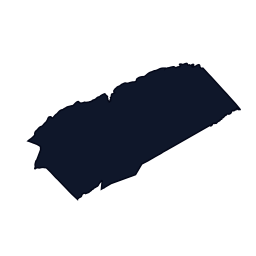 outline of Balaka, Balaka, Malawi, rotated 229°
{"feature_id": "42251766B20450933672567", "entity_name": "Balaka", "entity_type": "district", "adm_level": 2, "iso_a3": "MWI", "parent_name": "Malawi", "parent_adm1": "Balaka", "projection": "equal_earth", "projection_center": [35.125, -15.031], "detail": "fine", "context": "isolated", "style": "filled", "palette": "ink", "viewbox_px": 256, "rotation_deg": 229, "n_neighbors": 0, "source": "geoboundaries", "source_scale": "gbopen_adm2", "svg_char_len": 5824}
<svg xmlns="http://www.w3.org/2000/svg" viewBox="0 0 256 256"><g transform="rotate(229 128 128)"><path d="M183.8,44.0L182.2,45.0L181.0,45.6L180.4,46.0L178.9,46.7L177.8,47.4L176.9,47.8L176.2,48.2L175.5,48.6L174.8,48.8L174.1,49.1L172.1,49.7L171.6,49.7L171.1,49.6L170.7,49.3L170.3,48.9L169.6,48.4L168.8,47.7L165.4,41.4L163.6,38.0L163.6,37.2L163.0,36.1L162.3,35.1L161.5,34.0L161.1,33.8L160.5,33.2L159.5,32.6L159.2,32.2L158.9,31.5L158.5,31.0L158.2,31.1L158.1,32.0L158.1,32.3L158.0,32.6L157.5,33.5L156.9,34.2L156.2,34.6L155.9,35.1L155.5,35.8L154.9,36.9L154.1,38.0L152.9,39.0L151.6,40.3L145.3,40.8L138.0,41.0L135.3,41.3L128.8,41.6L121.1,42.0L120.1,42.0L115.1,42.3L107.4,43.1L107.5,43.2L107.7,43.4L107.5,44.0L107.6,44.3L107.6,45.2L107.5,45.4L107.2,46.3L107.2,46.9L107.0,47.4L107.1,47.7L107.1,48.0L107.4,48.8L107.6,48.9L108.0,49.3L108.1,49.9L108.0,50.1L108.0,50.4L108.0,51.0L107.8,51.7L107.3,52.6L106.9,52.8L106.4,52.9L106.2,53.5L106.0,54.0L105.8,54.5L105.4,55.6L105.2,56.1L105.2,57.4L105.1,58.6L105.0,59.2L105.1,59.7L105.5,59.9L105.3,60.3L105.1,60.7L104.9,61.2L104.9,61.9L104.9,62.6L105.0,62.8L105.0,63.5L104.6,64.4L104.6,65.0L104.2,66.8L104.2,67.3L104.3,67.8L104.7,68.8L105.1,70.0L105.6,73.4L104.9,73.8L101.5,70.1L99.3,67.8L99.0,69.4L98.5,70.9L98.5,71.8L97.9,75.1L97.2,78.8L93.7,87.9L91.0,95.0L89.2,99.6L87.9,103.1L91.8,114.8L90.2,121.4L88.6,129.8L87.1,137.0L87.0,138.3L84.6,149.9L78.2,182.0L76.7,189.5L76.5,190.6L76.2,191.5L75.5,191.7L75.3,191.8L75.1,192.4L75.1,192.7L75.1,193.0L75.4,193.1L75.6,193.1L75.8,193.2L75.7,193.4L75.5,193.6L75.3,193.9L75.4,194.2L75.7,194.6L75.8,194.9L75.8,195.2L75.6,195.4L74.6,196.4L74.6,196.7L74.7,196.9L74.6,197.2L74.1,197.2L73.7,197.6L73.7,197.9L73.7,198.2L73.9,199.7L73.8,200.3L73.5,201.5L73.4,202.1L73.5,202.7L73.7,203.3L73.7,203.6L73.3,204.4L73.3,204.7L73.4,204.9L73.8,205.4L73.9,205.6L73.8,205.9L73.5,206.5L73.5,206.8L73.5,207.7L73.7,208.7L73.9,209.2L74.0,209.5L74.0,209.8L73.4,210.0L73.4,210.3L73.5,211.6L73.4,212.5L73.3,212.8L73.1,213.0L72.9,213.1L72.7,213.1L72.4,213.1L72.3,213.3L72.0,213.9L71.8,214.8L71.8,215.1L71.9,215.7L72.5,217.1L72.7,218.0L72.6,218.3L72.5,218.5L72.0,218.8L71.8,218.9L71.7,219.2L71.5,219.4L71.5,219.7L71.6,220.4L71.5,220.6L71.1,221.0L70.9,221.3L70.9,221.6L71.5,222.6L71.6,222.9L71.3,223.4L71.1,223.6L70.5,223.1L70.3,223.1L69.8,223.2L69.4,223.5L68.7,224.4L67.9,224.8L75.9,225.0L86.3,224.8L88.7,224.8L93.9,224.6L111.9,224.2L115.5,224.0L124.0,223.8L124.2,223.6L124.2,223.3L124.5,222.9L125.1,222.4L125.6,222.3L126.6,222.3L127.1,222.4L128.2,223.1L128.8,223.2L129.3,223.0L129.7,222.2L130.0,221.4L130.2,219.7L130.6,218.5L131.1,217.4L131.6,216.7L132.0,216.5L132.3,216.5L132.5,216.7L132.6,217.3L132.3,218.1L132.3,218.5L132.3,218.8L132.5,219.0L133.2,219.0L133.4,218.8L133.7,218.1L133.8,217.8L133.8,217.2L133.9,216.7L134.2,216.3L134.7,216.0L135.2,215.9L135.4,215.7L135.8,214.9L135.9,214.6L136.1,214.4L136.6,214.5L137.0,214.7L137.5,214.8L138.0,214.8L138.4,214.5L138.5,214.3L138.8,213.7L139.1,213.2L139.3,212.3L139.6,211.7L140.0,211.0L140.4,210.5L141.0,210.2L141.3,210.1L142.0,209.3L142.2,209.0L142.2,208.7L141.9,208.4L141.7,208.4L140.7,208.5L140.5,208.3L140.3,208.1L140.2,207.8L140.2,207.5L140.5,207.0L141.6,205.3L141.8,204.2L142.0,203.8L142.4,203.4L143.2,203.1L143.7,203.0L144.1,202.8L144.5,202.4L144.8,201.9L145.7,200.3L146.7,198.1L147.1,197.7L147.4,197.0L147.6,196.4L147.9,196.1L148.1,195.8L148.3,195.3L148.3,194.8L148.8,195.3L150.2,193.7L151.1,192.4L151.5,191.6L151.8,190.8L152.5,188.2L153.1,186.7L153.7,185.7L153.9,185.5L154.7,183.0L154.9,182.4L155.2,181.9L155.7,180.4L155.8,179.3L155.9,178.4L155.9,175.2L156.0,174.6L156.2,174.1L156.4,173.5L157.0,172.9L157.6,172.0L158.2,171.0L158.7,169.9L158.9,169.3L159.2,167.4L159.2,167.0L159.0,166.4L158.7,166.0L158.4,165.7L158.1,165.0L158.0,164.4L158.2,163.8L158.3,163.5L158.5,163.0L159.5,161.9L160.4,160.3L161.1,158.9L161.4,158.1L161.7,157.5L162.0,157.0L162.5,156.4L163.2,155.9L163.8,155.4L164.2,154.6L164.6,153.2L165.0,152.0L165.2,148.9L165.5,148.4L165.8,147.5L166.0,146.5L165.8,146.0L165.9,145.1L165.9,143.8L165.7,143.3L165.5,142.1L165.2,141.6L164.7,141.2L164.3,141.0L164.0,140.9L163.3,141.1L163.2,140.9L163.7,139.2L164.2,137.9L163.7,137.3L163.7,137.0L163.5,136.9L163.2,136.9L162.9,136.4L162.4,135.7L162.4,135.4L162.5,135.1L162.4,134.8L161.9,134.9L161.7,134.7L161.4,134.2L160.8,133.5L160.8,132.9L160.6,132.9L160.3,133.0L159.9,132.7L160.0,130.9L160.3,130.9L161.0,131.1L161.5,131.0L162.5,131.1L163.1,131.7L164.2,132.2L164.8,132.6L165.0,132.6L165.2,132.8L165.2,133.1L165.5,133.2L166.2,132.9L166.6,133.0L167.8,132.8L168.8,132.8L169.0,132.9L169.3,132.3L169.8,130.7L170.2,128.8L170.2,128.5L170.2,127.3L170.2,126.9L170.3,126.7L170.8,126.0L171.0,125.4L171.1,124.8L171.1,123.2L171.0,122.6L171.4,121.1L171.8,120.3L172.1,119.4L172.1,119.1L171.9,119.0L171.9,118.7L172.3,117.5L172.8,116.4L173.1,115.9L173.4,115.1L173.5,114.8L174.1,114.2L174.5,113.4L174.9,113.1L175.4,112.4L175.9,112.2L176.0,112.0L176.7,110.2L177.2,109.5L177.5,108.7L178.4,108.3L178.8,108.0L179.1,107.9L179.5,108.0L180.0,108.0L180.3,108.0L180.7,107.7L180.8,107.4L181.1,106.9L181.1,106.6L181.2,105.7L181.2,104.4L181.0,102.6L181.0,101.6L181.2,100.6L181.3,100.3L181.8,99.9L182.3,98.8L183.3,96.9L183.8,95.8L183.9,95.2L184.1,93.6L184.4,92.8L184.6,90.9L184.8,90.4L185.2,89.8L185.5,88.9L185.6,88.6L185.7,87.0L185.6,86.3L185.5,85.4L185.3,84.1L185.3,83.6L185.4,82.7L185.4,81.4L185.0,78.8L184.9,78.1L185.0,77.5L185.6,77.2L186.6,77.2L186.9,77.1L187.2,77.0L187.4,76.8L188.0,75.8L188.1,75.6L188.1,75.2L188.0,74.6L187.9,74.3L186.8,72.1L186.2,70.0L186.2,69.1L186.2,68.1L186.1,67.7L186.0,66.8L185.9,66.2L185.7,65.2L185.7,64.9L185.8,64.2L186.4,62.5L186.5,61.6L186.5,60.9L186.1,57.9L186.1,56.0L185.9,55.5L185.5,54.7L185.0,54.0L184.5,53.7L184.1,53.3L184.0,53.1L183.8,52.5L183.6,51.6L183.5,48.4L183.6,47.1L183.7,46.5L183.8,45.6L183.8,44.0Z" fill="#0f172a" stroke="#020617" stroke-width="1.5"/></g></svg>